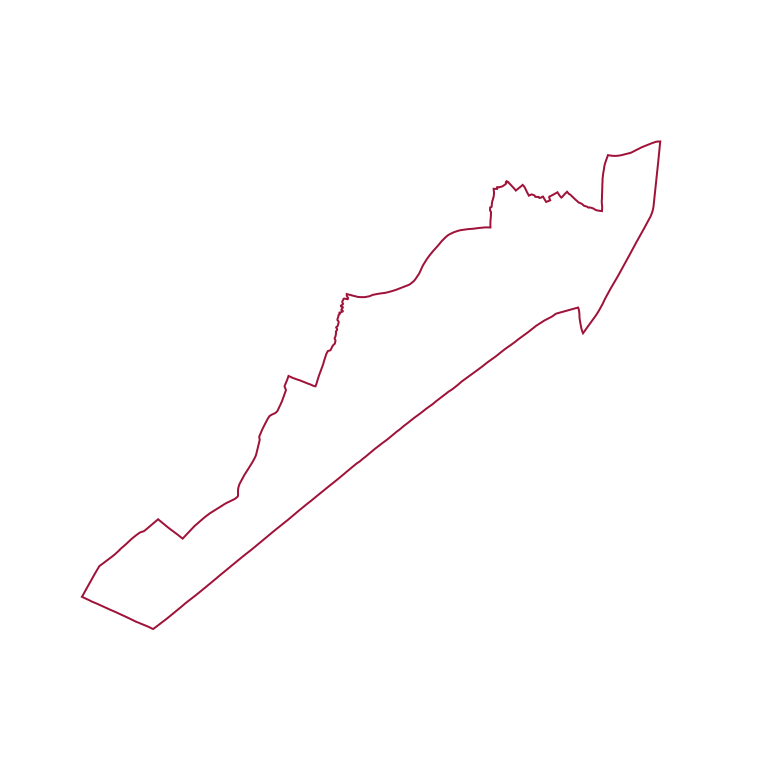 outline of Bang Kruai, Nonthaburi, Thailand, rotated 319°
{"feature_id": "78962969B85979697822456", "entity_name": "Bang Kruai", "entity_type": "district", "adm_level": 2, "iso_a3": "THA", "parent_name": "Thailand", "parent_adm1": "Nonthaburi", "projection": "mercator", "projection_center": [100.434, 13.813], "detail": "fine", "context": "isolated", "style": "outline", "palette": "rose", "viewbox_px": 768, "rotation_deg": 319, "n_neighbors": 0, "source": "geoboundaries", "source_scale": "gbopen_adm2", "svg_char_len": 6065}
<svg xmlns="http://www.w3.org/2000/svg" viewBox="0 0 768 768"><g transform="rotate(319 384 384)"><path d="M423.3,303.1L421.4,301.1L420.6,300.0L418.6,297.1L414.9,291.7L414.2,292.5L413.9,292.8L413.7,293.3L413.3,295.4L412.9,295.9L412.6,296.1L412.3,296.2L412.0,296.0L411.6,295.3L411.1,294.8L410.2,293.6L410.0,293.4L409.7,293.3L409.5,293.2L409.3,293.3L408.0,293.9L406.8,294.3L406.5,294.5L406.1,295.0L406.0,295.3L405.8,296.3L405.7,296.6L405.2,296.8L404.8,296.9L403.2,296.6L402.9,296.6L402.6,296.9L402.5,297.2L402.5,297.5L403.2,298.7L403.3,298.9L403.2,299.1L403.1,299.3L402.8,299.4L401.2,299.7L400.8,299.9L400.5,300.0L400.4,300.2L400.4,300.4L400.8,301.2L400.9,301.5L400.8,301.8L400.6,302.1L400.3,302.2L400.0,302.1L399.1,301.7L398.2,301.6L397.5,301.0L397.2,300.9L396.7,301.3L396.7,302.0L396.0,302.3L395.0,302.2L394.7,302.3L394.4,302.5L393.7,303.2L392.0,304.2L391.3,304.6L391.0,304.9L390.8,305.2L390.8,306.5L390.7,306.9L390.5,307.4L390.1,307.9L387.0,309.8L386.5,309.9L385.3,309.8L385.0,309.9L384.9,310.2L384.8,311.0L384.8,311.4L384.6,311.8L384.4,312.1L383.9,312.5L382.8,312.6L381.9,313.1L381.6,313.4L381.3,314.1L381.1,314.3L378.5,316.3L378.1,316.5L377.4,316.7L377.0,316.9L376.6,317.3L376.4,317.8L376.0,319.3L374.4,320.5L373.8,321.0L373.2,321.3L371.6,321.3L369.7,321.7L366.1,323.3L365.5,323.3L364.7,323.0L363.7,322.4L363.3,322.3L360.9,323.2L359.8,323.7L356.7,325.6L353.8,327.3L352.1,328.5L350.3,329.6L340.4,335.0L338.1,336.4L337.0,337.1L336.0,337.7L334.5,338.7L333.2,339.5L330.8,340.8L330.1,340.0L329.6,339.2L328.0,335.8L326.8,333.7L325.9,331.9L322.6,325.5L321.5,323.8L320.4,321.7L319.1,319.5L318.3,317.6L317.2,315.3L313.7,317.3L307.7,320.3L307.5,320.5L307.1,320.9L306.6,322.8L306.3,323.6L306.1,324.0L306.0,324.3L305.3,324.7L296.0,329.9L293.5,331.1L286.9,334.0L285.9,334.4L285.1,334.6L283.0,334.6L282.5,334.5L279.6,333.6L277.6,333.2L276.9,333.1L275.7,333.3L273.6,333.9L269.0,335.7L262.1,338.5L258.7,340.2L256.0,341.5L255.3,341.9L255.0,342.2L254.8,342.5L253.9,344.1L253.3,344.8L246.0,350.0L242.6,352.4L240.2,354.0L238.4,354.8L235.3,356.0L233.3,356.7L228.9,358.1L218.8,361.1L209.3,364.7L206.6,366.3L204.3,368.2L200.5,372.6L199.4,373.0L196.2,372.9L190.4,371.4L187.3,370.5L184.7,370.0L167.3,367.3L160.6,366.9L147.6,366.9L130.6,368.6L130.3,367.2L129.4,362.2L128.2,356.7L127.5,353.7L126.6,348.9L125.0,339.4L124.8,337.9L109.6,337.7L106.7,337.6L105.7,337.4L104.1,336.6L102.7,336.1L102.1,335.9L97.2,335.5L91.4,335.3L85.1,335.6L76.7,335.6L75.4,335.8L68.9,336.0L64.6,335.8L49.8,334.7L49.3,334.8L40.7,337.7L28.5,342.1L21.6,344.6L17.5,346.1L16.4,346.4L17.5,348.9L19.6,353.6L20.8,356.6L23.1,361.2L29.3,374.8L31.3,378.9L37.8,393.4L40.8,400.5L46.9,412.6L48.5,416.4L49.1,417.5L65.8,418.6L85.9,419.2L90.5,419.2L95.8,419.5L102.8,419.9L110.9,420.2L127.0,420.6L133.9,420.7L159.7,421.4L167.8,421.7L175.7,422.1L192.5,422.5L202.6,422.7L218.6,423.3L222.5,423.5L236.8,423.7L246.6,424.0L252.3,424.3L259.4,424.5L265.8,424.7L274.7,425.0L283.6,425.4L287.3,425.5L295.2,425.7L298.3,425.7L310.2,426.0L311.7,426.1L314.7,426.5L319.7,426.6L322.7,426.8L325.0,426.8L330.4,426.9L335.0,427.0L343.6,427.5L348.4,427.9L352.1,428.1L361.9,428.3L366.2,428.6L372.3,428.7L376.3,429.0L384.0,429.3L392.0,430.0L400.1,430.4L407.5,431.1L412.3,431.2L427.3,432.1L432.4,432.8L438.6,433.1L444.2,433.1L468.9,435.2L476.0,435.5L486.6,436.5L496.1,436.9L500.2,437.2L505.7,437.8L510.3,438.2L515.0,438.4L526.6,439.4L537.2,439.9L546.7,441.3L554.9,443.3L560.0,443.8L580.6,453.6L580.0,455.3L579.5,456.2L579.0,457.1L577.6,459.1L575.0,462.3L572.3,466.6L569.3,471.8L568.0,474.7L567.5,476.3L574.9,474.5L588.3,471.4L591.6,470.5L594.4,469.6L601.8,466.9L604.4,465.7L606.5,464.8L613.4,462.2L618.7,460.3L632.0,455.8L653.1,448.0L667.7,442.5L682.7,437.1L691.1,433.9L694.7,432.6L696.9,431.5L698.8,430.5L700.7,429.3L702.1,428.3L703.9,426.8L733.3,399.4L735.8,397.1L750.3,383.4L751.6,382.2L750.5,381.3L749.5,380.5L748.4,379.8L746.9,379.1L744.9,378.3L741.3,377.0L733.5,374.3L730.9,373.7L727.9,372.9L722.1,371.5L713.4,367.1L710.7,365.5L708.3,363.7L706.2,361.7L704.3,359.6L703.2,358.2L697.1,361.6L693.8,363.7L692.6,364.7L691.0,366.1L687.8,368.7L686.2,370.1L683.3,372.8L681.2,375.2L679.5,376.8L678.3,378.3L677.0,379.6L673.8,383.1L672.2,384.7L670.5,386.7L668.4,388.7L666.7,390.9L665.2,393.0L664.6,393.8L661.9,396.5L659.2,393.4L658.1,391.9L657.7,390.9L657.2,389.0L656.6,388.1L656.4,387.4L655.9,386.9L655.6,386.4L655.3,386.1L655.0,385.6L654.8,385.4L654.5,385.3L654.2,385.2L653.8,384.5L653.6,383.5L653.5,383.2L651.9,380.8L651.5,377.8L651.3,377.2L650.3,375.4L650.1,374.8L650.0,374.4L649.4,370.0L648.8,363.2L648.2,361.6L648.2,361.3L648.3,360.5L648.3,359.0L644.9,359.2L641.5,359.7L640.5,359.7L640.2,359.7L640.1,359.3L640.1,357.5L640.6,353.6L640.7,353.1L636.2,352.2L631.7,351.1L631.4,351.2L631.1,351.5L630.4,353.0L629.9,354.4L625.8,353.0L626.6,348.6L627.0,346.9L626.6,346.6L625.1,346.4L624.6,346.3L623.3,345.5L623.3,345.3L623.5,344.6L623.4,344.2L622.8,343.8L622.5,343.4L621.4,342.4L621.0,342.0L621.0,341.9L621.3,340.6L621.3,340.4L619.9,337.9L619.7,337.7L616.9,336.9L617.8,333.0L619.2,327.9L619.3,327.1L619.3,324.7L615.5,324.7L614.6,324.6L610.4,324.5L610.5,322.3L610.3,316.7L610.1,313.5L610.3,313.3L609.9,312.2L609.6,311.4L608.5,311.5L608.3,311.7L608.5,312.4L607.6,312.8L606.7,312.9L605.4,312.8L602.9,312.5L600.5,311.3L600.0,311.1L599.3,310.7L599.5,310.5L598.4,309.7L597.3,310.9L594.8,308.6L592.7,311.6L591.8,312.6L590.2,314.1L589.1,315.0L588.8,315.2L588.1,315.4L587.1,316.3L585.9,316.9L584.4,318.1L581.4,320.9L581.2,320.9L580.1,320.4L579.9,320.4L577.9,322.6L577.8,322.9L577.7,324.2L577.3,324.8L574.0,328.2L571.5,330.6L569.1,333.2L567.0,335.7L565.3,334.1L563.1,332.2L558.1,328.6L553.1,325.3L549.4,322.5L545.9,320.2L542.8,318.2L541.1,317.3L537.8,315.9L535.4,315.0L530.6,313.8L529.8,313.7L527.3,313.6L521.4,314.0L516.2,314.9L508.8,315.8L503.9,316.6L498.8,317.7L491.6,319.9L490.8,320.2L488.1,321.4L483.1,323.7L476.0,325.6L473.6,325.9L470.0,325.8L468.8,325.7L467.6,325.4L454.8,320.8L450.9,319.1L446.4,316.9L444.6,315.9L439.1,312.3L436.5,310.8L434.1,309.4L431.4,308.5L430.2,308.0L426.6,305.9L424.4,304.0L423.3,303.1Z" fill="none" stroke="#9f1239" stroke-width="2"/></g></svg>